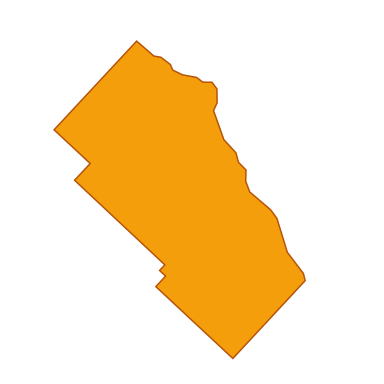 Jerome, Idaho, United States of America, rotated 223°
{"feature_id": "52423323B77549973511712", "entity_name": "Jerome", "entity_type": "district", "adm_level": 2, "iso_a3": "USA", "parent_name": "United States of America", "parent_adm1": "Idaho", "projection": "natural_earth1", "projection_center": [-114.264, 42.673], "detail": "fine", "context": "isolated", "style": "filled", "palette": "amber", "viewbox_px": 384, "rotation_deg": 223, "n_neighbors": 0, "source": "geoboundaries", "source_scale": "gbopen_adm2", "svg_char_len": 557}
<svg xmlns="http://www.w3.org/2000/svg" viewBox="0 0 384 384"><g transform="rotate(223 192 192)"><path d="M58.2,98.1L48.6,98.1L48.8,204.4L55.0,208.4L81.1,212.9L111.9,230.6L122.3,232.6L149.8,231.4L160.1,236.5L167.5,244.9L178.2,245.4L186.6,250.6L204.4,252.0L231.7,266.2L234.5,274.4L244.1,284.4L252.3,285.9L259.0,279.7L266.8,278.9L278.9,271.2L289.1,268.0L294.8,270.5L306.7,269.3L312.7,265.4L335.4,264.6L335.3,143.4L285.9,143.4L285.9,120.5L162.2,120.2L162.2,112.5L154.0,112.5L153.9,98.1L58.2,98.1Z" fill="#f59e0b" stroke="#b45309" stroke-width="1.5"/></g></svg>